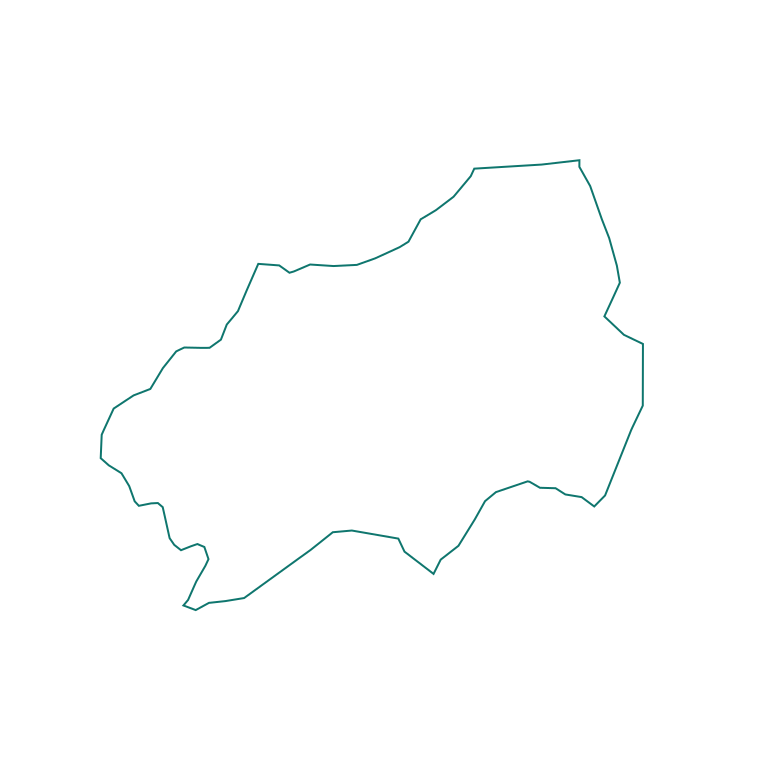 Haute-Sanaga, Centre, Cameroon (Equal Earth projection), rotated 18°
{"feature_id": "32672807B25561230915667", "entity_name": "Haute-Sanaga", "entity_type": "district", "adm_level": 2, "iso_a3": "CMR", "parent_name": "Cameroon", "parent_adm1": "Centre", "projection": "equal_earth", "projection_center": [12.366, 4.679], "detail": "fine", "context": "isolated", "style": "outline", "palette": "teal", "viewbox_px": 768, "rotation_deg": 18, "n_neighbors": 0, "source": "geoboundaries", "source_scale": "gbopen_adm2", "svg_char_len": 1377}
<svg xmlns="http://www.w3.org/2000/svg" viewBox="0 0 768 768"><g transform="rotate(18 384 384)"><path d="M621.8,435.5L628.7,421.7L633.3,351.6L633.7,348.1L636.8,324.6L617.9,265.9L597.0,263.1L572.7,251.6L575.2,230.6L577.0,214.8L568.9,199.5L553.1,175.7L540.2,159.9L518.9,132.0L502.7,117.1L500.7,110.8L466.1,126.6L403.3,151.3L402.3,159.5L392.3,184.4L379.6,202.7L368.0,216.0L363.3,241.1L356.5,249.1L336.7,267.3L321.4,279.1L299.6,287.4L276.8,293.2L263.4,304.9L259.7,307.4L247.7,303.6L227.3,308.6L224.5,337.3L223.0,354.8L222.6,359.8L218.1,371.1L216.1,376.0L215.2,392.2L206.9,403.5L199.4,406.0L182.8,411.0L179.4,414.2L176.3,417.2L168.8,437.2L163.3,460.9L149.4,472.2L144.1,478.8L134.5,490.9L131.7,514.6L131.2,519.5L137.5,542.1L147.4,546.4L161.9,550.0L173.2,559.8L175.0,562.1L182.2,571.4L183.1,572.6L188.5,575.6L199.4,569.5L205.7,567.1L211.6,569.5L217.0,578.6L227.0,595.6L227.8,596.9L234.2,601.8L242.3,604.8L243.5,603.8L250.4,598.1L255.9,593.9L263.5,594.5L271.2,604.8L270.3,612.1L266.5,629.8L266.1,633.4L264.4,649.9L261.7,656.6L274.8,657.2L285.2,646.2L286.6,645.6L300.2,639.5L317.1,630.8L357.1,575.9L365.4,564.6L379.8,542.8L381.1,540.8L398.7,533.3L445.4,526.6L455.3,537.1L489.8,549.3L492.2,533.5L504.8,514.9L512.2,484.7L516.3,464.2L523.9,452.2L550.7,432.2L552.7,432.0L564.4,434.5L579.4,430.1L590.6,433.0L606.9,430.5L621.8,435.5Z" fill="none" stroke="#0f766e" stroke-width="2"/></g></svg>